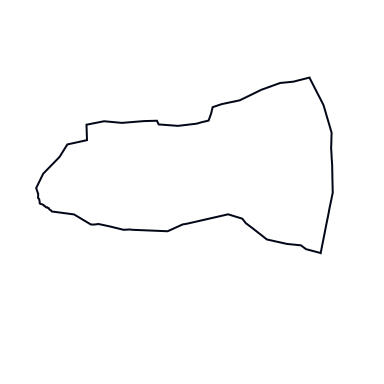 Xu'rmen, Ömnögovi, Mongolia (Mercator projection), rotated 255°
{"feature_id": "93677404B81423254419052", "entity_name": "Xu'rmen", "entity_type": "district", "adm_level": 2, "iso_a3": "MNG", "parent_name": "Mongolia", "parent_adm1": "Ömnögovi", "projection": "mercator", "projection_center": [103.821, 42.64], "detail": "fine", "context": "isolated", "style": "outline", "palette": "ink", "viewbox_px": 384, "rotation_deg": 255, "n_neighbors": 0, "source": "geoboundaries", "source_scale": "gbopen_adm2", "svg_char_len": 1870}
<svg xmlns="http://www.w3.org/2000/svg" viewBox="0 0 384 384"><g transform="rotate(255 192 192)"><path d="M99.7,300.5L106.9,304.0L110.9,306.0L121.3,311.1L125.2,313.0L133.0,316.9L137.9,319.3L138.0,319.3L142.3,321.4L147.6,324.1L148.9,324.8L149.0,324.8L155.0,327.8L158.9,328.7L159.5,328.9L159.9,329.0L169.1,331.2L175.8,332.9L178.8,333.6L179.5,333.8L181.2,334.2L181.4,334.3L181.5,334.3L189.1,335.8L193.6,336.8L198.2,337.7L205.4,339.9L206.9,340.3L211.8,341.8L213.1,342.2L215.9,342.1L216.8,342.1L221.7,342.0L226.4,341.9L229.0,341.8L234.8,341.7L241.9,341.5L247.7,340.3L255.9,338.5L262.9,337.0L269.1,335.7L271.9,335.1L272.1,335.1L272.3,322.8L272.3,318.6L274.5,305.3L272.8,285.5L268.2,261.8L269.2,243.5L268.6,233.9L262.7,230.7L256.7,226.5L256.9,219.4L256.8,214.2L259.5,195.6L265.9,177.3L269.9,176.6L272.9,164.1L276.9,142.2L283.1,125.4L284.3,107.5L269.3,104.0L270.2,83.9L260.2,73.2L248.2,53.0L236.1,42.5L229.9,42.9L226.8,42.0L226.4,41.9L226.0,41.8L225.9,41.8L225.7,41.9L225.5,42.0L225.2,42.3L224.8,42.5L224.5,42.5L224.1,42.5L223.8,42.4L223.5,42.4L223.1,42.4L222.8,42.4L222.5,42.4L222.0,42.3L221.7,42.3L221.4,42.2L221.0,42.0L220.7,42.0L220.3,42.1L220.2,42.1L219.7,42.8L219.5,43.1L219.4,43.2L219.3,43.3L219.2,43.5L219.1,43.8L218.7,44.3L217.9,45.2L217.5,45.2L217.3,45.3L217.1,45.5L216.8,45.9L216.2,46.4L215.7,46.6L215.4,46.8L215.2,46.9L215.0,47.0L214.8,47.4L214.8,48.0L214.7,48.1L214.6,48.3L214.4,48.4L214.2,48.5L213.9,48.6L213.7,49.0L213.5,49.4L213.3,49.5L212.9,49.5L212.4,49.6L212.1,49.8L211.8,50.0L211.5,50.4L211.1,50.6L210.7,51.0L210.3,51.2L209.8,51.4L209.5,51.5L200.9,72.2L200.0,73.1L186.8,85.9L185.8,89.4L185.3,93.4L179.7,104.3L173.2,116.1L171.8,122.6L171.0,124.4L160.4,158.3L163.1,174.6L162.7,178.3L161.1,221.1L153.2,233.7L148.0,235.9L141.1,241.3L126.8,252.0L117.3,270.2L112.3,283.4L107.3,287.3L99.8,300.4L99.7,300.5Z" fill="none" stroke="#020617" stroke-width="2"/></g></svg>